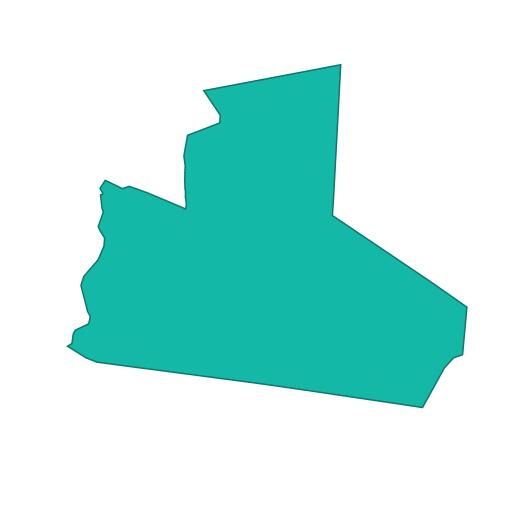 the district of Epworth, Harare, Zimbabwe, rotated 171°
{"feature_id": "62879985B25596949610081", "entity_name": "Epworth", "entity_type": "district", "adm_level": 2, "iso_a3": "ZWE", "parent_name": "Zimbabwe", "parent_adm1": "Harare", "projection": "natural_earth1", "projection_center": [31.174, -17.897], "detail": "fine", "context": "isolated", "style": "filled", "palette": "teal", "viewbox_px": 512, "rotation_deg": 171, "n_neighbors": 0, "source": "geoboundaries", "source_scale": "gbopen_adm2", "svg_char_len": 1304}
<svg xmlns="http://www.w3.org/2000/svg" viewBox="0 0 512 512"><g transform="rotate(171 256 256)"><path d="M400.6,327.8L400.0,323.1L407.2,309.8L406.1,305.4L402.7,297.5L404.6,289.6L412.5,277.0L429.3,262.8L433.5,254.3L431.2,230.4L431.2,228.8L431.2,228.1L429.1,222.2L431.0,217.4L431.9,215.2L445.8,211.1L448.6,207.9L451.5,198.4L456.3,196.3L439.8,182.0L430.1,176.2L412.8,171.0L262.3,126.4L245.7,121.2L230.2,116.4L115.2,80.3L87.6,115.8L76.9,124.5L67.4,126.2L55.7,172.5L90.0,205.6L90.3,205.8L174.2,284.0L172.7,290.7L170.1,302.2L142.4,431.7L147.3,431.5L210.6,429.6L281.7,427.5L269.3,400.7L271.0,393.1L301.4,386.6L304.7,385.9L311.0,367.8L311.1,367.1L311.6,366.0L311.6,365.4L311.6,364.8L311.6,363.7L311.6,363.1L311.7,362.5L311.7,361.4L311.7,360.8L311.7,360.3L311.7,359.7L311.7,359.1L311.8,357.4L311.8,356.3L311.8,355.7L311.8,355.1L312.3,354.6L312.4,353.4L312.4,352.5L312.8,352.0L312.8,351.8L312.8,350.3L313.4,349.7L313.4,346.9L313.9,346.3L313.9,344.5L314.4,343.4L314.4,342.8L315.3,335.7L315.6,333.5L315.6,329.4L316.0,329.1L316.0,328.5L316.0,327.3L316.0,326.8L316.5,326.2L316.5,325.1L316.7,317.4L318.2,313.5L352.6,334.9L370.2,344.6L377.5,343.5L393.1,354.3L399.4,347.3L397.5,341.4L398.0,340.8L399.6,340.8L399.6,340.3L400.1,340.3L400.1,338.2L400.6,327.8Z" fill="#14b8a6" stroke="#0f766e" stroke-width="1.5"/></g></svg>